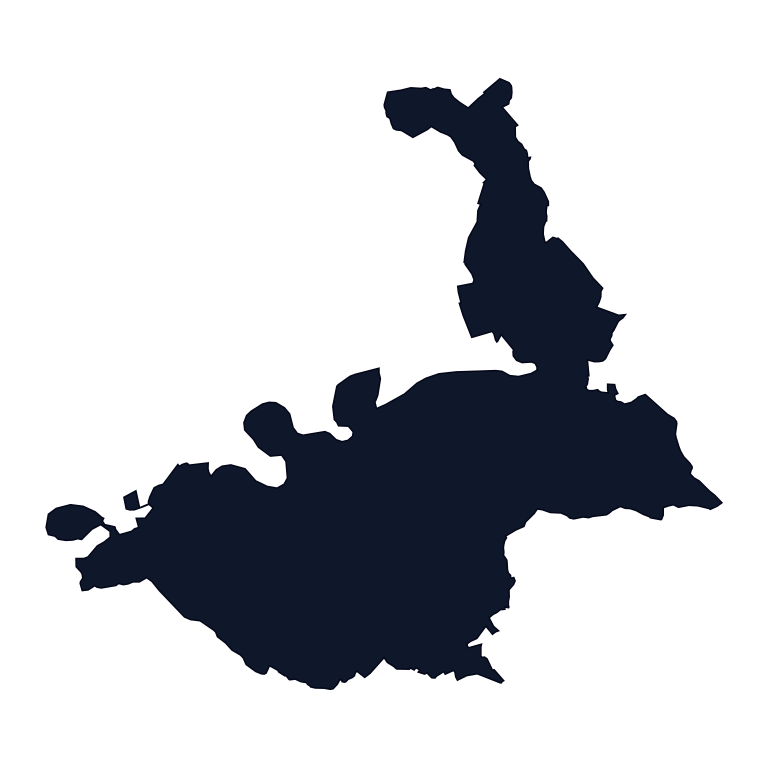 Ocna Mures, Alba, Romania (Equal Earth projection)
{"feature_id": "2599482B18831456175320", "entity_name": "Ocna Mures", "entity_type": "district", "adm_level": 2, "iso_a3": "ROU", "parent_name": "Romania", "parent_adm1": "Alba", "projection": "equal_earth", "projection_center": [23.85, 46.393], "detail": "fine", "context": "isolated", "style": "filled", "palette": "ink", "viewbox_px": 768, "rotation_deg": 0, "n_neighbors": 0, "source": "geoboundaries", "source_scale": "gbopen_adm2", "svg_char_len": 6081}
<svg xmlns="http://www.w3.org/2000/svg" viewBox="0 0 768 768"><path d="M396.6,669.0L409.4,669.2L410.1,667.9L414.2,670.0L415.8,667.8L419.8,669.8L418.2,672.1L424.6,674.1L427.0,672.9L431.6,677.7L432.6,677.9L435.2,677.9L436.3,676.3L443.7,671.6L445.2,674.2L453.6,670.4L454.9,672.1L455.7,676.8L457.4,680.2L466.8,675.6L477.3,673.8L500.1,682.8L501.3,682.9L502.2,681.5L503.7,680.7L494.1,669.7L492.5,670.3L487.0,658.8L484.4,657.0L482.5,657.5L480.9,656.2L480.9,647.1L481.5,644.2L468.5,647.8L467.4,646.1L467.1,643.9L470.3,641.5L476.9,638.4L485.9,626.2L492.5,634.3L495.7,631.8L498.6,630.8L493.6,626.4L489.1,617.8L493.1,614.4L497.0,612.4L500.3,609.7L504.9,609.3L504.8,607.1L508.6,607.7L508.9,606.7L508.4,605.6L508.4,601.3L509.2,596.9L509.0,589.8L513.6,584.5L515.1,580.9L513.8,577.5L511.7,578.1L510.6,577.5L510.6,575.4L508.3,572.9L507.5,569.8L507.0,561.1L506.5,559.5L503.5,555.2L503.9,552.3L503.4,547.7L503.8,544.7L504.7,540.8L506.5,537.8L505.5,536.2L515.8,530.0L524.0,526.4L525.6,522.0L534.2,513.5L537.3,509.0L542.2,509.7L550.3,512.5L561.0,513.0L567.2,515.7L569.7,518.0L573.8,518.9L583.0,517.0L588.6,517.7L592.8,516.4L606.4,514.8L609.1,513.2L612.3,510.4L620.4,506.5L625.2,508.3L630.2,508.6L636.0,510.5L643.3,514.4L649.3,516.7L650.4,517.8L660.8,519.7L661.5,519.5L663.2,515.3L663.3,507.7L668.2,506.0L673.4,504.8L678.5,507.3L688.8,505.3L697.8,505.8L709.7,508.7L710.2,509.4L717.0,506.3L721.9,502.8L715.0,495.5L709.6,491.2L699.3,481.0L694.0,477.9L690.2,473.9L691.1,470.1L692.0,468.8L692.2,466.8L690.1,463.5L683.8,456.8L680.6,451.2L679.0,447.1L676.1,437.6L675.4,433.9L676.8,423.7L676.5,421.6L674.1,418.3L667.5,414.4L645.3,394.5L638.2,397.0L636.8,398.6L631.3,402.4L624.6,404.1L621.1,402.0L617.2,401.3L615.4,399.9L614.6,395.7L614.8,395.0L617.9,393.5L615.6,388.9L614.7,384.6L607.6,384.2L607.6,389.7L608.3,392.9L601.3,392.2L599.3,391.3L597.7,389.7L593.2,390.6L588.8,390.6L586.5,389.1L586.4,387.6L585.2,387.5L587.3,384.3L588.2,378.7L587.5,376.0L588.9,375.8L587.4,359.9L594.3,361.7L599.1,361.6L602.9,360.9L605.5,358.7L609.8,350.1L612.9,345.2L610.4,341.2L610.0,339.2L611.6,336.1L612.0,334.4L611.8,333.0L613.8,330.3L618.0,322.0L619.5,320.3L622.8,318.0L625.4,314.6L618.7,315.3L596.6,307.2L599.2,302.0L600.8,297.0L601.0,291.1L602.7,288.2L592.9,277.9L583.3,263.9L570.5,250.9L562.6,241.9L558.0,238.1L557.3,238.7L552.9,237.3L545.8,242.9L545.7,242.2L544.9,242.2L543.2,234.1L543.4,229.4L543.6,226.6L545.7,221.2L546.6,221.0L546.8,216.0L546.2,213.5L546.2,210.9L546.9,205.7L548.4,205.5L548.4,201.6L544.1,192.2L541.2,188.0L534.2,184.2L531.4,180.6L530.1,176.8L528.4,168.5L528.2,161.3L530.1,158.9L530.5,157.3L527.6,157.7L527.3,153.7L526.4,150.5L524.2,149.0L521.6,144.2L518.0,141.5L515.4,137.3L515.2,126.7L517.7,125.2L502.2,107.2L508.7,103.9L509.2,100.4L511.3,97.9L511.9,92.4L511.6,87.2L511.2,85.6L509.2,82.8L499.9,78.7L483.8,92.3L484.9,93.4L478.2,98.6L468.2,108.0L459.5,102.3L453.8,97.7L451.2,94.1L450.0,89.8L444.1,89.2L437.9,87.4L436.1,87.9L435.5,88.9L433.4,88.8L430.5,89.9L425.9,87.6L421.1,88.4L410.7,87.8L400.9,90.2L387.6,92.2L384.2,104.7L384.5,107.3L386.1,110.7L386.1,113.2L387.0,116.6L389.9,118.4L391.3,123.6L393.4,128.5L396.2,129.9L401.5,130.5L412.9,137.4L427.3,129.6L431.3,126.5L440.5,132.0L447.4,134.7L450.8,136.8L454.6,142.1L458.6,150.8L462.4,155.1L473.4,161.1L475.2,163.9L474.3,165.5L479.9,172.8L486.7,179.4L483.4,182.7L484.3,183.2L478.0,203.4L480.7,204.1L477.9,210.5L477.2,221.9L468.6,237.7L465.6,250.9L464.1,262.4L466.0,264.0L465.3,264.5L471.8,273.8L474.0,279.4L473.9,280.7L472.8,283.4L457.7,286.3L458.4,292.3L461.1,302.9L459.3,303.2L463.1,315.4L471.8,337.4L492.2,331.4L493.9,333.8L495.5,339.8L496.8,342.0L497.7,341.2L501.2,334.7L513.7,350.0L513.0,351.6L513.3,356.0L516.5,360.3L522.0,362.6L531.4,362.0L535.2,363.4L537.0,367.1L537.0,370.2L531.1,373.5L518.6,376.5L509.8,375.6L502.0,371.3L495.8,370.6L456.2,371.9L438.9,373.8L425.8,378.3L417.0,383.2L404.5,394.0L385.5,404.6L376.5,408.6L375.0,402.4L374.5,402.1L375.6,400.9L377.8,395.1L380.4,378.6L379.0,372.9L379.0,368.2L355.4,374.3L350.0,376.3L338.1,384.8L336.8,386.4L332.8,406.4L334.3,419.6L336.8,422.2L338.5,425.8L348.4,426.2L353.2,431.9L352.6,436.2L348.0,440.3L342.1,441.7L336.1,439.7L329.7,433.5L324.9,431.6L303.1,435.2L297.4,433.4L293.1,427.6L289.7,414.0L284.4,407.7L275.8,402.7L269.2,402.3L262.5,404.0L251.0,411.3L246.6,415.5L243.9,422.7L244.7,430.0L253.4,439.3L258.3,447.1L270.4,456.1L281.6,455.1L286.0,461.5L287.4,478.1L284.1,484.2L277.1,488.1L267.2,486.4L255.7,480.9L245.1,468.8L230.9,464.9L222.0,466.2L216.2,469.8L212.1,474.9L211.8,476.1L210.3,475.1L208.7,472.1L208.0,468.5L208.2,462.9L188.7,465.2L188.4,464.2L186.5,463.1L181.9,464.6L179.4,466.4L177.9,464.5L163.1,484.3L158.8,485.4L154.1,487.8L149.9,496.8L148.4,501.6L148.7,503.8L147.6,504.4L139.6,507.8L135.9,490.8L123.9,497.3L126.2,508.9L129.8,509.9L134.3,509.8L142.5,507.0L148.9,504.3L153.2,507.9L145.1,518.2L136.2,518.3L138.7,527.5L134.5,528.8L131.6,531.3L120.2,534.5L119.2,534.4L115.5,529.3L115.2,527.5L114.6,526.8L104.7,524.6L102.4,521.1L103.7,518.3L101.8,517.4L95.2,511.8L83.2,506.3L70.5,504.7L56.2,508.4L48.4,514.2L46.1,527.4L48.4,534.6L55.1,536.2L58.2,539.2L65.9,540.4L73.0,540.0L77.7,538.7L81.6,539.5L92.0,529.2L100.7,524.6L110.1,531.4L110.2,537.1L104.2,542.0L97.4,545.8L88.0,556.9L83.9,558.5L76.0,558.5L76.2,566.8L81.0,572.0L82.1,574.0L82.8,578.0L80.4,581.9L80.2,583.5L82.2,590.6L88.2,589.9L94.8,585.7L96.7,587.1L101.2,588.0L115.9,585.5L118.6,583.5L123.3,584.7L128.2,583.9L133.0,581.9L139.4,581.9L146.6,577.7L151.9,581.4L159.3,590.6L184.5,617.0L190.6,619.6L200.1,620.8L213.8,630.2L215.7,632.1L217.4,636.7L225.6,643.0L232.1,650.2L240.4,655.0L243.2,657.8L246.1,664.5L255.7,671.5L261.3,673.8L264.3,674.1L266.2,673.0L269.5,665.7L278.0,670.4L278.7,672.0L284.9,675.9L286.2,675.8L289.0,679.4L289.9,679.8L295.2,679.1L300.9,681.7L306.5,682.6L307.6,684.5L309.5,685.5L310.6,686.9L315.2,688.0L324.2,688.2L330.2,689.3L333.1,688.8L337.4,684.2L340.1,679.1L341.2,680.2L342.3,680.4L342.0,681.6L344.3,682.2L345.8,681.8L348.1,679.3L352.4,677.5L354.6,675.6L354.8,674.0L356.7,671.0L364.7,677.4L370.1,673.3L384.1,657.6L387.3,662.4L393.7,666.4L396.6,669.0Z" fill="#0f172a" stroke="#020617" stroke-width="1.5"/></svg>